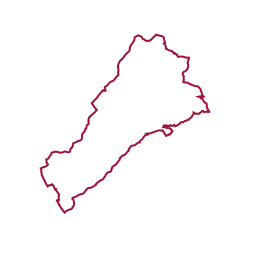 Lipova, Bacau, Romania (Mercator projection), rotated 104°
{"feature_id": "2599482B24055899369049", "entity_name": "Lipova", "entity_type": "district", "adm_level": 2, "iso_a3": "ROU", "parent_name": "Romania", "parent_adm1": "Bacau", "projection": "mercator", "projection_center": [27.232, 46.723], "detail": "fine", "context": "isolated", "style": "outline", "palette": "rose", "viewbox_px": 256, "rotation_deg": 104, "n_neighbors": 0, "source": "geoboundaries", "source_scale": "gbopen_adm2", "svg_char_len": 5799}
<svg xmlns="http://www.w3.org/2000/svg" viewBox="0 0 256 256"><g transform="rotate(104 128 128)"><path d="M45.3,144.5L46.5,145.0L47.1,145.1L48.6,145.7L50.2,145.6L52.0,145.2L52.8,145.3L56.3,147.5L58.5,148.7L61.1,149.6L63.2,151.0L64.7,151.8L66.3,152.4L67.3,152.6L69.2,152.8L70.8,152.6L71.9,152.3L74.1,151.2L76.5,151.1L77.5,150.7L78.3,150.2L79.0,150.1L79.9,150.7L80.4,151.3L82.1,151.9L82.9,152.4L83.8,152.6L85.7,153.7L86.4,154.5L86.9,155.5L87.7,156.2L89.4,157.4L91.5,158.3L92.5,159.1L93.2,159.9L93.6,160.2L94.2,160.4L94.8,160.3L96.9,158.8L97.6,160.0L97.8,160.1L97.4,161.4L100.6,163.0L101.5,163.4L101.7,163.7L102.5,163.9L103.3,164.4L106.6,165.6L109.2,167.3L110.8,167.9L112.5,169.2L112.8,169.2L117.7,163.3L117.9,162.7L118.2,162.7L120.9,164.1L123.2,165.6L124.8,166.9L126.3,167.6L126.4,167.9L127.4,168.3L129.7,168.3L129.7,168.2L130.9,168.0L130.9,167.9L131.7,167.6L134.1,167.2L134.2,167.5L134.5,168.0L135.3,168.6L135.8,168.7L138.8,168.4L139.3,169.1L141.5,169.3L142.3,169.6L143.9,170.5L145.2,170.9L146.2,170.8L148.6,170.2L149.8,170.2L150.5,170.4L151.4,171.0L151.7,171.4L152.8,173.4L154.3,174.9L156.0,177.3L156.6,177.5L158.8,177.3L160.3,177.4L160.5,177.5L161.2,178.4L162.4,178.6L165.2,178.8L165.7,179.2L166.1,180.0L166.0,183.2L166.2,184.1L166.5,184.3L167.6,185.8L167.8,186.2L168.3,187.5L168.4,189.4L168.2,190.3L168.6,193.2L169.0,193.5L169.7,194.5L169.9,195.1L170.0,195.7L170.2,195.9L171.2,196.2L172.5,196.3L174.3,197.2L175.8,197.5L176.9,197.9L177.2,198.2L177.7,199.1L178.5,199.7L179.0,199.3L180.3,199.0L181.7,198.2L182.1,197.8L182.6,196.9L182.9,196.7L185.0,198.2L185.6,199.0L186.0,200.0L186.3,200.3L187.2,201.6L188.1,202.5L188.3,202.9L189.8,202.0L192.0,201.3L193.2,200.7L194.8,200.2L195.3,199.7L195.4,199.4L195.9,199.1L198.1,197.3L198.4,197.2L198.6,196.8L199.1,196.3L200.4,195.4L200.9,194.8L201.7,194.3L204.1,191.9L202.6,190.6L202.6,190.1L201.2,188.2L201.8,188.0L201.5,187.1L203.2,185.4L203.8,185.0L204.7,184.3L204.7,183.6L205.1,183.9L205.4,183.8L205.5,183.4L205.2,183.3L205.3,183.1L209.6,178.5L210.3,178.8L211.3,178.6L212.3,178.6L213.6,177.9L213.9,177.9L214.5,177.5L214.9,177.8L215.1,179.1L215.5,179.5L216.2,178.8L216.4,178.8L216.4,178.4L217.2,177.9L218.6,176.6L219.0,176.2L219.3,176.3L219.6,176.1L220.5,174.9L222.1,173.2L223.3,171.6L223.9,171.1L225.4,169.0L224.2,168.3L223.3,167.6L221.5,165.4L220.5,163.6L219.9,163.0L215.4,161.7L215.1,161.7L213.2,162.4L211.2,163.4L210.6,163.8L210.0,165.0L209.2,164.8L207.3,162.1L206.8,161.3L204.8,159.7L204.4,159.0L203.1,156.6L201.9,155.1L198.6,153.8L196.3,152.5L195.7,151.7L195.5,150.9L195.1,150.4L194.9,149.4L194.7,149.1L194.0,148.3L193.6,148.0L193.2,147.4L191.9,146.5L191.7,146.1L191.2,145.8L191.1,145.6L190.7,145.3L190.3,145.5L188.9,144.9L188.4,144.3L185.9,142.4L184.9,141.2L184.8,140.9L183.8,139.9L181.1,138.9L180.5,138.5L179.0,138.3L176.7,137.5L175.8,136.7L175.2,135.1L173.8,133.8L172.3,134.2L171.1,133.7L170.0,133.9L167.7,132.3L167.3,131.6L166.1,130.7L165.0,130.2L164.1,129.8L163.5,129.7L161.1,128.6L160.2,128.4L159.3,128.7L158.2,127.8L157.3,127.5L157.0,127.4L155.5,126.0L155.4,125.7L155.4,125.2L155.1,124.9L154.9,124.9L154.2,124.4L153.3,123.7L151.4,123.0L150.0,121.8L149.5,121.8L148.4,122.3L148.1,122.2L147.5,121.7L145.0,120.8L144.4,120.1L143.9,119.2L143.7,118.3L143.3,117.8L142.9,117.0L142.1,116.6L140.5,115.1L140.0,115.0L139.4,114.0L139.1,113.0L138.1,113.1L137.0,112.8L135.7,111.7L132.3,110.2L131.3,109.9L130.7,109.2L129.8,107.6L129.1,108.8L128.6,107.4L128.1,106.1L127.7,104.9L123.1,98.0L122.6,96.7L122.5,95.0L121.9,93.8L126.4,89.2L125.9,88.6L125.8,88.2L125.5,88.0L124.9,87.1L124.5,87.0L124.5,86.5L124.3,86.4L124.3,86.0L123.8,85.7L123.7,85.8L122.9,85.3L120.6,84.2L119.9,84.3L120.0,85.0L118.6,86.4L118.3,86.4L118.1,87.0L118.1,87.6L118.6,89.0L118.6,89.7L118.2,90.2L118.4,90.9L118.5,91.6L118.3,93.3L118.0,93.4L117.9,93.6L118.2,94.0L116.9,93.8L116.3,91.6L116.4,91.0L116.1,88.4L115.6,88.4L115.1,87.7L115.2,87.3L115.4,86.9L115.3,86.6L115.1,86.6L115.1,86.0L114.9,85.4L115.0,84.6L114.8,84.1L114.6,84.0L114.4,84.3L114.1,84.2L113.8,84.0L114.8,82.2L114.5,82.0L111.9,79.2L111.4,79.1L110.5,78.4L109.6,78.0L109.5,77.9L109.5,77.5L109.3,76.5L109.0,75.7L107.5,74.7L106.6,72.9L105.5,72.0L105.5,71.5L105.2,70.9L104.2,70.6L103.3,69.9L102.6,69.3L102.0,68.9L101.0,68.7L99.3,68.1L98.7,68.0L98.1,67.8L97.0,68.1L97.0,67.9L97.6,67.5L97.5,67.1L97.8,66.1L97.6,65.4L97.5,64.3L97.0,63.4L97.0,62.4L95.7,61.7L94.8,60.6L93.6,60.3L93.4,59.6L93.4,59.0L94.0,58.2L94.1,57.9L92.9,55.4L93.3,54.4L92.5,53.1L91.5,54.3L90.4,54.9L89.9,55.8L88.6,56.7L87.0,56.9L85.1,57.9L84.7,59.1L84.6,60.1L82.5,62.2L81.5,62.9L81.6,64.0L80.8,65.5L80.6,67.2L79.8,65.6L79.6,64.9L79.5,64.1L79.5,62.6L79.3,62.2L79.0,62.8L77.7,64.2L75.4,65.3L74.4,66.2L73.2,66.7L71.9,68.2L71.0,69.8L70.8,70.7L71.0,73.3L70.9,75.6L70.5,77.2L70.4,78.6L69.7,80.9L69.6,81.4L70.0,83.9L70.2,84.7L70.2,84.9L69.9,85.5L69.5,85.6L69.0,85.4L68.6,85.6L67.8,85.4L66.9,85.9L64.7,86.4L64.2,86.4L63.9,86.6L63.3,87.6L62.8,87.9L61.1,88.0L60.6,87.9L59.9,87.4L58.9,86.0L57.8,85.2L57.2,84.9L55.6,84.5L53.4,84.6L52.3,84.8L50.8,85.8L48.6,86.0L46.2,85.7L45.0,85.9L45.0,86.1L45.8,88.9L45.8,89.1L45.4,90.2L45.6,91.8L45.6,93.2L46.4,95.7L46.9,96.6L45.6,97.9L45.1,98.6L44.8,98.6L44.9,99.4L44.1,100.5L44.0,100.9L44.7,101.4L44.7,101.6L43.7,102.3L43.4,103.2L42.9,103.6L42.7,103.9L42.8,105.2L42.7,106.9L42.3,108.6L41.9,109.4L42.0,110.4L39.7,111.0L38.9,111.8L38.4,112.1L37.8,112.6L37.7,113.1L37.3,113.7L36.2,113.1L36.2,112.8L34.9,113.4L34.0,114.2L31.3,115.3L30.6,117.4L30.9,121.5L30.7,121.8L30.8,122.2L30.7,123.0L30.8,123.5L32.9,124.6L34.1,125.5L36.6,126.9L37.8,127.8L38.4,129.0L38.6,129.7L39.1,130.5L38.6,133.1L38.1,134.0L38.0,135.2L36.2,137.0L36.0,137.7L36.0,138.3L35.9,138.7L35.9,139.3L35.7,139.7L35.8,140.7L35.9,140.9L36.5,141.5L36.9,142.1L38.0,143.0L39.0,143.5L39.4,143.5L40.4,143.1L41.1,143.1L42.3,143.4L45.3,144.5Z" fill="none" stroke="#9f1239" stroke-width="2"/></g></svg>